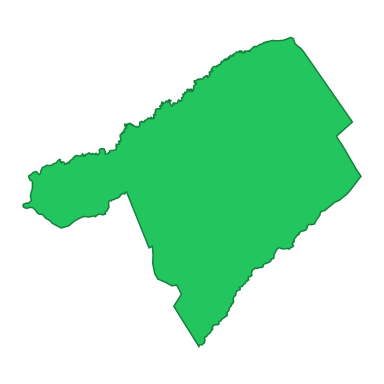 outline of Saladas, Corrientes, Argentina
{"feature_id": "61730980B15780158540393", "entity_name": "Saladas", "entity_type": "district", "adm_level": 2, "iso_a3": "ARG", "parent_name": "Argentina", "parent_adm1": "Corrientes", "projection": "natural_earth1", "projection_center": [-58.717, -28.241], "detail": "fine", "context": "isolated", "style": "filled", "palette": "green", "viewbox_px": 384, "rotation_deg": 0, "n_neighbors": 0, "source": "geoboundaries", "source_scale": "gbopen_adm2", "svg_char_len": 5906}
<svg xmlns="http://www.w3.org/2000/svg" viewBox="0 0 384 384"><path d="M361.0,176.3L356.8,170.2L343.2,146.8L336.4,136.3L352.4,122.0L303.3,51.3L300.7,48.2L297.7,46.2L296.0,44.5L294.5,42.4L293.5,39.0L292.7,38.1L290.7,37.5L283.8,40.2L276.7,40.9L273.0,40.4L270.1,41.0L269.6,41.5L267.2,41.5L266.8,42.1L265.4,42.1L265.2,42.7L263.8,42.5L262.5,43.9L260.1,44.4L256.3,46.8L254.9,46.4L253.5,47.0L250.1,50.3L250.2,51.3L249.4,51.4L248.9,50.6L248.2,50.6L247.8,51.4L245.4,51.0L245.2,52.1L244.4,52.2L244.3,51.5L243.4,52.2L243.6,52.8L242.1,52.4L241.6,52.0L241.7,51.1L241.0,50.9L240.4,51.1L240.6,51.8L240.2,52.3L239.5,52.2L239.0,51.3L238.0,52.4L236.5,51.9L236.0,52.8L233.0,54.6L232.6,55.3L233.3,55.6L232.8,56.1L231.4,56.0L230.7,55.4L230.1,55.9L230.3,56.9L229.1,56.8L228.6,57.3L229.0,58.1L228.2,58.1L228.3,58.7L227.5,58.5L227.0,59.0L227.3,59.6L226.2,60.0L225.7,58.8L224.4,59.5L224.4,60.4L223.5,60.3L222.5,61.6L221.5,61.5L221.4,62.4L220.8,62.8L221.3,63.5L220.2,64.7L218.7,64.4L217.9,65.9L217.3,66.2L216.7,65.9L216.5,66.6L214.0,66.5L212.7,67.3L211.9,68.5L211.8,69.8L211.2,69.8L211.1,70.6L212.2,71.1L211.4,71.5L211.2,72.2L209.5,71.9L209.2,72.6L210.0,74.4L209.2,74.7L209.5,75.6L208.9,76.6L207.6,77.3L207.2,75.8L206.1,75.7L205.6,76.5L203.8,77.0L203.2,78.5L202.2,79.3L199.9,78.8L199.2,79.6L197.9,79.1L195.6,80.9L194.3,80.7L194.2,82.4L195.2,83.2L195.7,82.8L196.3,83.1L196.4,84.0L193.8,85.7L193.5,89.5L192.9,89.5L192.6,90.0L192.9,90.8L192.6,91.5L191.4,91.5L190.8,90.9L191.9,89.9L191.5,89.2L189.6,89.5L189.4,90.8L188.6,89.5L187.8,89.2L187.0,89.7L187.0,91.8L185.1,92.3L184.7,92.8L185.2,93.1L184.4,94.1L182.8,94.2L183.4,95.9L182.8,97.2L181.7,97.6L182.0,98.2L181.5,101.0L180.2,100.6L179.7,101.2L178.9,100.0L178.4,100.1L177.4,103.1L174.5,103.7L174.6,103.0L173.3,103.0L172.3,106.0L171.2,105.6L169.6,102.4L169.7,101.7L170.9,100.9L169.9,100.0L169.1,99.8L168.3,101.0L168.9,101.4L169.1,102.1L167.5,102.0L167.5,101.3L166.7,100.9L165.9,101.3L165.0,103.0L163.5,103.0L163.1,103.5L162.7,103.1L163.0,102.4L161.8,102.2L161.4,104.0L162.7,104.5L161.3,106.4L160.8,106.3L160.4,105.6L159.8,106.2L160.6,108.4L160.0,108.9L157.6,108.6L155.4,109.8L155.6,111.8L155.0,112.3L155.0,113.1L155.6,114.7L153.6,114.6L153.7,116.2L154.2,116.9L153.6,117.5L153.8,118.5L153.2,118.8L151.5,117.5L150.7,117.4L150.4,118.0L150.7,118.7L147.9,118.1L147.1,119.5L144.8,120.5L144.3,121.1L144.4,122.1L143.7,122.4L141.9,121.4L141.8,122.0L140.1,121.9L139.6,123.6L139.9,125.4L138.5,126.9L137.9,127.2L136.4,126.4L135.6,126.8L132.7,124.9L132.2,125.4L131.3,124.1L130.3,124.4L130.4,123.4L129.8,123.3L127.5,124.1L127.2,125.5L126.1,124.3L124.7,124.2L124.6,124.9L125.8,126.1L125.1,126.6L125.6,127.1L125.6,127.9L126.1,128.1L124.8,128.8L124.0,130.0L124.5,131.5L124.0,132.0L123.3,131.6L122.2,132.7L122.8,133.2L122.4,134.0L121.6,133.7L120.2,134.7L120.2,137.0L121.1,139.9L120.5,140.5L120.4,141.6L119.7,141.7L119.3,141.0L118.6,141.5L119.3,143.4L119.1,144.2L116.3,144.3L116.1,146.0L116.7,145.9L117.0,146.5L116.1,148.1L116.2,149.7L113.9,150.4L111.3,150.4L109.5,151.1L109.7,151.8L109.4,152.4L108.4,152.7L108.4,153.4L106.2,154.2L105.1,154.0L105.1,152.6L105.5,152.2L104.0,148.8L100.8,148.8L99.4,149.7L99.6,153.3L97.5,154.8L96.3,153.5L95.6,153.5L95.3,154.3L94.8,154.3L92.5,153.5L91.5,154.3L89.1,152.9L88.3,153.1L88.0,153.9L85.5,154.4L85.3,155.9L84.6,155.3L83.3,156.1L83.3,154.8L82.6,153.9L81.1,155.7L79.7,156.2L78.1,155.6L75.9,155.5L73.1,158.0L73.0,158.9L71.0,159.9L69.8,161.4L69.3,161.3L68.9,162.0L69.1,163.0L68.1,163.2L67.5,162.8L65.0,164.3L63.8,162.1L61.8,161.9L61.5,162.7L60.9,162.6L60.1,159.4L59.4,159.5L57.6,160.8L56.5,162.8L54.1,163.5L51.6,165.1L50.2,165.6L46.1,165.4L44.6,166.9L42.6,167.3L40.9,170.7L40.5,173.4L39.4,174.5L38.7,174.3L36.9,172.1L35.8,171.5L33.2,172.4L31.0,174.6L29.0,175.6L28.6,176.7L29.8,179.6L32.1,181.3L32.5,182.2L32.3,188.5L30.4,195.7L31.2,199.8L30.9,201.0L28.7,203.0L25.7,203.3L23.7,204.0L23.0,205.6L23.6,207.2L25.5,208.1L27.9,208.2L29.7,207.3L33.0,207.8L35.7,210.4L36.7,212.2L38.9,214.1L42.3,214.3L45.8,218.2L50.1,220.8L52.3,223.3L61.3,228.0L68.9,225.8L73.7,221.6L76.6,219.8L80.7,217.7L84.3,216.4L89.0,217.0L94.3,215.9L95.3,216.7L98.5,214.2L100.6,214.2L103.0,214.9L103.6,214.4L105.0,214.4L105.6,213.4L105.1,212.8L105.4,211.9L106.9,210.9L109.0,207.2L108.6,203.7L108.8,201.3L110.8,200.5L111.5,200.8L111.7,200.0L112.4,199.6L113.5,199.8L115.7,198.5L117.2,198.3L118.9,197.3L119.7,196.0L120.4,195.9L120.6,194.9L123.2,193.4L124.7,194.0L125.7,192.1L126.6,192.0L149.1,247.9L152.4,246.3L153.1,255.1L152.7,263.4L154.8,273.6L157.8,279.0L165.3,282.2L171.8,285.8L176.8,285.0L181.4,294.2L173.8,306.3L198.9,346.5L199.4,344.9L202.2,344.7L204.5,342.7L204.5,341.0L205.1,340.5L204.5,339.0L204.6,337.3L206.6,336.6L207.1,335.3L210.5,332.4L211.1,330.7L212.5,329.6L212.7,328.6L212.0,327.9L213.0,326.5L213.3,325.1L218.2,324.5L219.0,323.8L218.7,322.2L219.0,321.6L220.5,321.0L222.6,318.6L227.1,315.5L227.3,313.8L226.7,313.0L229.0,310.4L229.2,308.3L231.3,305.5L231.4,304.0L232.2,304.1L233.5,302.1L233.7,301.2L233.2,299.7L233.4,298.1L234.1,296.5L235.5,295.6L236.2,292.3L237.4,290.6L240.1,289.7L240.3,289.0L239.5,287.6L240.0,287.1L242.2,286.4L243.9,284.1L244.9,283.7L246.4,281.3L247.5,280.9L247.6,280.1L248.8,279.9L248.1,277.5L249.0,276.6L250.0,276.8L251.7,275.7L251.9,275.0L251.4,272.5L253.0,269.4L254.2,269.1L255.4,267.9L257.3,268.5L258.7,267.6L261.9,267.4L263.1,266.6L263.0,265.0L263.9,264.2L269.4,262.2L270.9,260.8L271.0,259.6L273.8,258.2L274.1,254.4L277.2,248.9L278.8,247.9L280.0,247.8L280.8,248.5L283.2,249.0L286.7,248.6L288.2,248.6L288.6,249.1L289.7,248.9L290.3,247.9L293.0,246.6L293.4,245.6L292.3,243.8L292.5,243.2L294.2,241.7L294.3,240.9L293.8,240.4L294.6,238.7L297.6,234.9L298.9,234.6L299.3,233.8L298.9,233.2L299.2,232.7L301.8,231.0L303.5,231.0L306.0,230.0L307.2,227.7L306.9,226.7L308.9,224.3L311.6,224.7L314.6,223.9L316.4,220.0L319.8,215.2L320.5,212.2L322.8,210.9L324.5,210.7L334.9,202.2L339.2,200.3L346.9,194.1L350.0,190.6L361.0,176.3Z" fill="#22c55e" stroke="#15803d" stroke-width="1.5"/></svg>